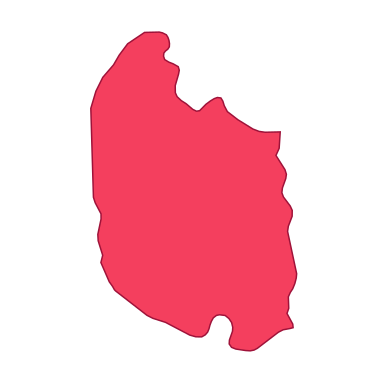 the border of Tizi Ouzou, rotated 86°
{"feature_id": "DZA-2197", "entity_name": "Tizi Ouzou", "entity_type": "Province", "adm_level": 1, "iso_a3": "DZA", "parent_name": "Algeria", "parent_adm1": "", "projection": "mercator", "projection_center": [4.213, 36.689], "detail": "fine", "context": "isolated", "style": "filled", "palette": "rose", "viewbox_px": 384, "rotation_deg": 86, "n_neighbors": 0, "source": "natural_earth", "source_scale": "10m", "svg_char_len": 1473}
<svg xmlns="http://www.w3.org/2000/svg" viewBox="0 0 384 384"><g transform="rotate(86 192 192)"><path d="M138.2,99.8L154.5,102.0L161.4,105.7L176.2,97.7L180.9,96.6L185.1,97.5L194.2,101.5L199.0,102.4L203.4,101.1L212.8,95.0L217.3,93.3L223.2,93.8L232.9,98.3L238.0,99.4L280.8,93.3L285.1,94.0L290.5,95.8L295.6,98.3L299.0,100.9L303.3,103.2L314.8,103.6L319.8,105.7L330.8,100.7L334.4,100.6L335.0,103.7L335.8,110.7L337.9,115.6L352.5,137.7L354.0,141.1L354.5,144.9L353.9,149.5L351.7,159.3L349.7,163.4L346.2,165.5L342.3,165.0L333.7,161.3L329.8,160.8L325.0,161.6L320.8,164.0L317.5,167.5L316.4,173.1L316.8,176.2L319.0,179.5L322.4,181.7L326.1,183.4L329.7,184.6L332.9,186.2L335.4,188.7L337.2,192.4L336.7,198.3L334.6,204.2L320.2,227.5L315.3,239.8L311.9,245.5L285.4,275.1L284.1,276.2L280.7,277.8L275.8,280.8L256.0,287.8L248.9,285.5L234.1,289.0L227.7,288.9L212.6,284.6L207.4,284.3L196.0,289.3L190.4,290.7L101.5,287.1L84.7,280.8L71.4,273.0L59.7,261.4L50.4,255.1L39.6,245.8L29.5,228.2L30.2,213.5L31.2,210.3L33.4,206.6L36.1,205.2L39.1,204.4L42.4,204.1L45.6,204.5L47.9,206.2L49.5,208.6L51.5,210.4L54.6,210.9L58.0,210.0L60.8,206.1L62.8,201.9L66.0,197.0L69.6,196.2L73.5,197.2L84.7,201.3L91.8,201.7L95.9,200.2L100.1,196.3L103.6,191.6L109.6,185.5L111.7,181.9L111.4,178.7L105.4,171.9L102.4,167.2L100.4,163.3L99.5,160.1L100.2,156.6L103.5,154.9L108.2,153.8L114.3,151.1L123.1,141.2L133.4,126.9L136.2,120.9L137.5,114.9L138.1,102.2L138.2,99.8Z" fill="#f43f5e" stroke="#9f1239" stroke-width="1.5"/></g></svg>